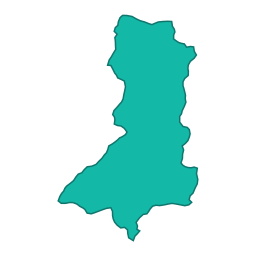 Apiacá, Espírito Santo, Brazil (Mercator projection)
{"feature_id": "56859067B41801731555514", "entity_name": "Apiacá", "entity_type": "district", "adm_level": 2, "iso_a3": "BRA", "parent_name": "Brazil", "parent_adm1": "Espírito Santo", "projection": "mercator", "projection_center": [-41.557, -21.07], "detail": "fine", "context": "isolated", "style": "filled", "palette": "teal", "viewbox_px": 256, "rotation_deg": 0, "n_neighbors": 0, "source": "geoboundaries", "source_scale": "gbopen_adm2", "svg_char_len": 2246}
<svg xmlns="http://www.w3.org/2000/svg" viewBox="0 0 256 256"><path d="M126.8,15.5L122.6,15.4L120.1,17.6L118.4,21.6L117.8,25.4L115.3,27.6L114.2,31.3L117.1,34.2L114.9,37.5L115.4,41.7L115.5,45.3L115.7,49.5L113.3,53.3L111.6,56.4L109.2,60.0L107.6,65.2L110.9,65.5L113.2,69.9L114.8,73.2L116.5,75.2L117.7,77.9L120.9,79.3L124.3,81.0L125.5,86.7L124.7,90.9L123.8,94.8L123.1,98.9L121.6,102.0L119.6,104.2L117.0,107.3L114.0,110.5L112.7,114.6L114.4,116.9L114.9,119.7L114.3,124.1L117.5,125.5L121.0,126.0L124.4,128.4L127.0,132.1L125.5,134.6L122.3,136.7L119.6,137.9L117.4,140.1L114.9,142.1L112.2,144.0L108.8,145.9L107.9,149.2L106.5,152.7L104.4,154.9L102.0,158.3L98.7,161.5L96.1,164.4L91.8,166.2L87.2,166.8L84.3,169.6L81.8,172.8L78.3,174.1L76.2,176.6L73.5,180.7L70.1,183.5L66.5,186.2L64.8,188.4L63.7,191.1L61.7,193.3L59.9,196.4L58.2,200.9L61.2,203.3L65.6,203.3L69.6,202.5L73.0,202.6L77.0,204.1L79.8,206.3L82.7,207.8L84.9,209.4L87.1,213.1L91.3,213.8L94.6,212.7L98.3,211.3L102.5,209.7L106.3,208.4L110.8,207.7L112.5,211.3L112.6,215.7L113.2,218.8L114.6,222.1L117.1,225.1L120.7,227.9L124.6,227.4L127.5,229.8L127.8,233.6L128.7,237.8L133.3,240.6L134.9,236.2L137.1,234.0L139.7,230.9L136.9,229.3L137.5,226.0L136.1,222.4L139.5,217.8L143.2,214.4L146.9,213.8L148.7,211.4L150.3,208.8L152.6,206.2L156.1,205.2L159.5,205.6L164.6,204.8L168.8,203.9L172.1,203.4L175.6,203.9L180.3,204.8L184.8,205.7L188.9,204.8L191.7,202.3L189.1,199.7L190.1,195.9L193.0,193.1L195.2,187.9L197.2,183.9L197.8,179.6L196.5,173.6L197.3,168.2L194.2,167.1L190.8,167.8L187.9,167.5L185.2,166.7L182.9,165.3L181.0,162.9L182.4,158.6L182.6,154.1L183.6,150.0L182.2,145.9L185.4,143.4L187.9,140.6L189.3,137.1L190.1,133.9L189.3,129.6L187.2,127.4L183.0,126.5L179.7,122.1L179.7,116.3L181.5,113.8L182.1,111.0L184.4,106.1L185.9,102.2L185.2,98.6L185.5,95.3L184.8,92.3L183.9,88.7L183.0,85.6L183.0,81.8L184.7,78.5L188.2,75.5L188.4,71.4L187.9,68.3L188.3,64.9L190.4,61.3L194.1,58.3L196.4,55.0L194.3,51.4L193.6,46.9L190.5,46.5L186.6,47.2L184.3,43.9L181.5,43.4L178.9,42.6L176.5,41.1L173.6,38.9L173.7,34.8L174.9,32.0L174.3,29.2L172.4,26.2L171.7,21.5L168.0,21.3L163.1,21.5L158.2,22.0L154.5,23.5L152.0,24.6L149.2,23.8L144.7,22.0L140.1,20.7L136.1,18.8L132.1,16.5L126.8,15.5Z" fill="#14b8a6" stroke="#0f766e" stroke-width="1.5"/></svg>